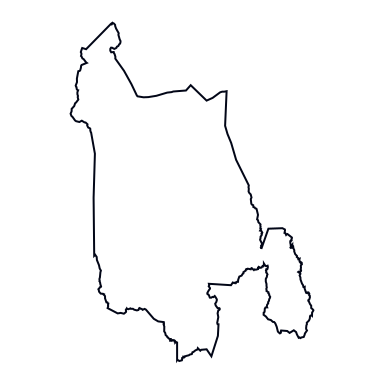 Nawa, Bas-Sassandra, Ivory Coast
{"feature_id": "98640826B56207519899242", "entity_name": "Nawa", "entity_type": "district", "adm_level": 2, "iso_a3": "CIV", "parent_name": "Ivory Coast", "parent_adm1": "Bas-Sassandra", "projection": "equal_earth", "projection_center": [-6.491, 5.911], "detail": "fine", "context": "isolated", "style": "outline", "palette": "ink", "viewbox_px": 384, "rotation_deg": 0, "n_neighbors": 0, "source": "geoboundaries", "source_scale": "gbopen_adm2", "svg_char_len": 5975}
<svg xmlns="http://www.w3.org/2000/svg" viewBox="0 0 384 384"><path d="M94.2,255.8L94.6,255.4L94.8,254.2L96.7,257.0L96.9,260.0L99.0,265.2L99.7,268.5L100.9,270.6L100.4,272.3L99.9,277.5L99.4,279.1L99.7,280.6L99.4,281.1L100.0,282.1L100.4,284.4L101.1,286.5L101.0,286.8L99.8,287.3L99.4,288.3L98.6,288.8L98.4,289.4L98.7,289.8L99.1,291.7L100.7,293.6L103.1,293.8L103.9,294.2L103.6,294.6L104.8,295.7L105.1,296.9L105.0,298.2L106.4,302.3L107.4,302.4L107.8,303.5L108.3,303.6L108.0,305.4L108.2,306.1L107.6,308.1L117.7,313.4L120.7,312.9L123.9,313.7L125.9,312.1L126.1,311.2L125.8,309.9L126.7,308.5L126.9,308.9L128.4,309.2L130.4,308.4L130.8,308.8L132.9,308.8L134.2,309.7L136.9,310.4L138.4,310.0L139.2,308.2L139.7,308.0L140.3,308.7L141.7,308.9L142.6,309.8L144.6,308.9L145.9,309.6L153.8,318.8L158.2,321.4L163.8,322.1L164.0,323.3L163.5,324.0L164.0,324.7L163.9,325.6L164.3,326.4L164.2,331.4L165.2,332.9L165.7,335.2L166.7,335.9L167.4,337.2L168.2,337.6L168.4,338.2L169.6,339.0L170.4,339.0L170.0,339.9L170.3,340.3L170.2,340.7L171.8,340.8L172.2,340.0L173.4,340.4L173.8,340.1L174.4,340.4L174.6,341.4L175.1,341.3L175.2,342.6L175.9,341.9L177.1,342.5L177.1,360.0L177.3,359.7L179.3,361.0L181.9,360.3L182.1,359.8L182.1,358.1L182.7,358.0L183.2,356.8L183.9,357.4L184.2,357.4L184.7,356.4L185.3,356.5L185.9,356.0L188.8,355.3L190.0,354.5L191.8,354.1L192.5,352.2L193.4,352.0L195.5,350.3L197.5,349.5L197.8,348.2L200.3,350.7L201.2,349.8L206.6,349.3L211.4,356.3L217.9,335.9L218.5,324.3L217.6,324.2L217.2,322.9L218.3,317.1L217.6,313.3L218.3,310.4L219.4,309.8L219.8,309.0L219.4,308.2L217.6,308.1L215.7,305.5L215.2,303.7L216.3,302.0L216.9,299.9L216.7,299.1L215.4,296.9L214.7,296.0L213.5,297.1L212.5,296.9L211.2,297.7L209.8,297.6L209.0,295.4L208.4,294.5L207.7,294.3L207.3,293.8L207.4,292.8L208.8,290.3L210.0,288.7L209.9,287.9L208.7,286.3L209.2,285.1L208.9,283.8L231.0,285.2L232.8,282.5L234.2,283.1L235.2,282.5L235.8,283.1L236.9,281.8L238.0,281.8L238.2,279.7L239.3,276.6L241.6,275.6L242.7,273.8L243.4,273.4L243.4,272.2L245.8,270.5L245.9,269.4L246.5,269.0L247.2,269.2L247.7,268.7L250.8,269.3L251.4,268.2L251.7,268.1L253.9,270.1L254.6,269.4L255.8,269.7L258.0,269.1L258.0,267.8L258.8,267.9L258.9,267.0L260.7,267.8L261.6,267.5L262.5,266.1L262.9,266.3L263.0,265.9L263.4,265.9L263.9,264.8L263.9,263.5L265.4,265.9L266.4,266.1L267.6,265.7L267.9,267.0L267.4,269.1L266.8,269.6L266.3,269.3L265.9,270.5L266.3,271.6L266.2,272.6L266.9,273.2L267.5,274.5L267.0,275.4L266.9,276.8L265.8,278.9L265.8,281.5L266.5,284.0L266.5,286.0L266.8,287.4L266.3,288.9L266.6,290.3L266.5,291.0L268.5,292.3L268.3,293.2L269.2,294.2L269.2,295.2L270.2,296.9L269.8,298.2L269.2,299.2L269.0,300.7L268.1,302.2L268.2,303.3L267.1,304.8L266.8,306.8L267.1,307.4L265.5,307.5L264.8,308.7L264.6,311.6L264.3,312.3L263.7,312.6L263.6,314.8L265.9,316.5L268.1,319.3L270.8,320.0L272.9,321.9L274.1,322.0L274.6,322.5L275.3,323.4L276.7,326.8L277.8,331.3L278.4,332.2L279.9,333.4L280.9,332.7L280.9,331.1L281.1,330.5L287.2,331.0L289.6,332.9L293.8,330.3L296.1,332.1L296.9,334.4L298.7,337.8L299.6,337.4L300.3,338.1L301.9,337.3L303.7,337.0L304.7,334.6L304.9,333.5L307.0,330.5L306.2,329.1L306.1,328.2L306.4,325.3L306.9,324.3L306.8,322.7L309.0,320.5L309.8,318.6L310.0,316.4L310.3,315.7L311.4,315.3L312.0,315.8L312.1,312.6L313.3,310.6L313.4,310.2L312.9,309.5L311.2,308.0L311.2,305.7L309.9,303.9L309.1,301.9L308.3,300.8L308.3,300.2L309.2,299.6L309.9,297.4L309.8,295.8L309.1,295.1L309.3,293.7L308.6,292.6L307.9,293.2L307.2,292.5L306.7,293.0L306.1,292.8L304.6,288.5L304.7,286.9L304.0,287.2L303.4,287.0L303.1,285.3L302.0,283.6L300.5,279.5L300.4,277.4L299.6,275.4L300.4,273.9L300.3,273.1L299.9,272.4L299.2,272.7L298.2,272.0L298.5,271.7L299.7,271.6L301.0,271.0L301.1,270.2L300.6,269.4L301.0,267.9L300.8,265.9L300.9,265.3L301.9,264.3L301.7,262.7L301.0,262.2L300.7,263.0L299.7,261.8L299.3,259.9L299.6,258.7L298.3,259.1L298.1,258.0L296.8,257.0L297.0,256.0L295.2,254.1L294.2,251.3L294.3,250.2L293.4,248.3L293.1,246.1L292.3,245.8L292.3,244.8L291.7,245.7L291.6,247.8L290.8,247.8L290.1,248.3L291.0,246.6L290.7,245.7L291.1,244.8L290.5,244.1L290.2,241.9L290.4,241.0L291.2,240.9L291.7,240.2L291.3,239.4L291.8,238.6L291.9,237.5L287.4,234.0L286.7,234.2L286.1,234.9L285.3,233.1L284.5,232.9L285.0,230.6L284.9,229.5L282.4,228.2L268.4,228.7L261.6,248.1L261.0,248.0L260.8,247.5L261.2,246.6L261.1,245.6L261.7,245.1L262.1,243.9L260.1,239.8L260.5,238.2L260.6,236.6L261.7,235.1L261.9,233.8L261.5,233.6L261.6,233.3L262.1,233.1L262.3,232.6L261.0,230.4L260.8,230.2L260.5,230.7L260.1,230.6L261.0,228.9L260.3,228.3L260.6,226.6L260.3,225.7L260.5,224.4L258.4,222.2L258.0,220.2L257.1,219.4L258.0,214.9L256.6,209.1L256.4,208.7L255.3,208.4L254.6,207.4L253.4,207.1L253.2,205.2L251.9,204.6L251.3,203.7L250.8,199.1L251.5,197.5L250.7,194.4L249.4,193.1L248.6,191.6L248.8,188.7L248.5,187.2L248.8,185.4L236.1,159.8L231.2,143.0L227.5,134.0L225.1,125.8L226.6,91.2L224.1,91.7L222.1,91.7L220.2,92.3L212.6,97.9L206.6,100.6L190.7,85.2L186.0,90.5L173.3,91.5L171.6,92.1L167.2,92.6L156.4,95.8L148.3,97.1L143.5,97.3L137.5,96.3L136.8,95.4L131.4,84.1L124.0,70.8L115.3,58.6L115.4,56.8L114.6,54.1L114.0,53.2L113.7,52.0L111.2,52.3L110.3,50.7L110.3,48.9L111.0,47.7L112.0,47.7L114.3,48.9L115.7,48.3L116.4,47.8L116.9,46.7L118.3,46.0L119.2,44.3L120.1,43.6L120.5,42.0L120.5,41.0L119.7,39.4L118.4,34.8L118.7,33.2L116.1,28.6L115.2,26.1L115.1,24.9L114.0,23.6L112.8,23.0L111.7,24.4L111.2,24.1L111.3,23.6L110.9,23.9L86.1,49.2L82.2,48.0L82.0,48.4L80.8,52.1L81.4,53.4L81.4,54.6L81.0,56.0L81.6,56.6L82.4,58.4L83.7,59.2L86.1,62.4L86.8,62.9L81.6,65.0L81.1,65.9L80.9,67.8L80.2,70.3L79.7,70.9L78.3,71.2L76.9,78.6L77.0,82.1L75.7,85.6L76.1,86.8L76.5,87.1L76.7,89.0L77.6,90.2L78.1,90.3L77.4,92.2L77.4,94.2L78.0,96.0L77.7,97.1L78.3,99.6L76.0,102.6L75.1,103.3L74.2,106.1L71.7,108.8L71.6,111.3L70.6,113.7L71.4,115.9L72.6,117.0L75.0,120.4L76.1,121.2L79.4,122.0L81.8,120.7L84.5,122.4L85.6,122.5L87.5,124.3L87.2,125.5L88.2,127.5L89.9,128.3L90.3,128.9L90.3,130.5L90.8,132.2L91.1,132.5L94.9,153.7L93.6,197.8L94.2,255.8Z" fill="none" stroke="#020617" stroke-width="2"/></svg>